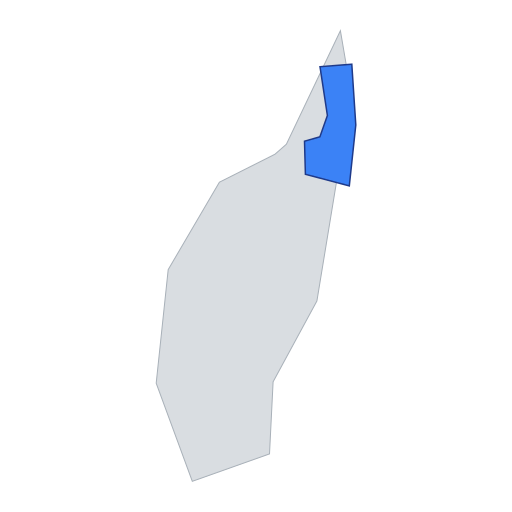 Ngaraard highlighted on a map of Palau
{"feature_id": "PLW-5251", "entity_name": "Ngaraard", "entity_type": "state/province", "adm_level": 1, "iso_a3": "PLW", "parent_name": "Palau", "parent_adm1": "", "projection": "orthographic", "projection_center": [134.644, 7.639], "detail": "fine", "context": "in_parent", "style": "filled", "palette": "blue", "viewbox_px": 512, "rotation_deg": 0, "n_neighbors": 0, "source": "natural_earth", "source_scale": "10m", "svg_char_len": 441}
<svg xmlns="http://www.w3.org/2000/svg" viewBox="0 0 512 512"><path d="M269.5,453.9L192.3,481.3L156.2,383.2L168.2,269.6L219.4,182.2L275.0,154.2L286.4,144.2L340.4,30.7L351.1,93.3L316.9,301.0L273.1,381.8L269.5,453.9Z" fill="#d9dde1" stroke="#a8b0b8" stroke-width="1"/><path d="M351.8,64.2L355.8,125.0L349.3,185.9L305.4,174.3L304.5,141.2L319.9,136.8L327.4,115.5L320.0,66.7L351.8,64.2Z" fill="#3b82f6" stroke="#1e3a8a" stroke-width="1.5"/></svg>